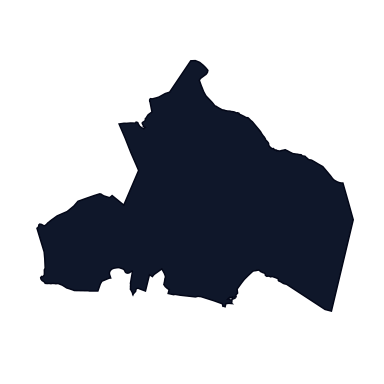 the district of Lagunillas, Michoacán, Mexico, rotated 85°
{"feature_id": "50627088B97893950433241", "entity_name": "Lagunillas", "entity_type": "district", "adm_level": 2, "iso_a3": "MEX", "parent_name": "Mexico", "parent_adm1": "Michoacán", "projection": "orthographic", "projection_center": [-101.412, 19.573], "detail": "fine", "context": "isolated", "style": "filled", "palette": "ink", "viewbox_px": 384, "rotation_deg": 85, "n_neighbors": 0, "source": "geoboundaries", "source_scale": "gbopen_adm2", "svg_char_len": 5919}
<svg xmlns="http://www.w3.org/2000/svg" viewBox="0 0 384 384"><g transform="rotate(85 192 192)"><path d="M214.6,349.6L238.8,344.5L245.8,344.5L255.1,344.9L256.7,345.9L259.8,346.1L261.9,346.4L263.4,348.0L263.0,349.1L264.0,350.2L265.4,350.1L267.1,349.1L268.6,347.1L270.2,346.2L270.6,344.0L270.6,342.4L271.0,340.6L270.9,338.9L271.1,337.2L271.5,335.8L271.5,333.3L273.5,329.3L275.7,326.4L276.6,325.3L277.7,322.6L279.0,319.6L279.9,317.8L280.9,308.2L281.3,304.0L281.7,302.7L282.1,298.2L282.4,294.4L275.5,291.3L273.0,289.5L270.6,282.0L270.6,280.5L269.1,280.8L267.2,281.3L265.9,281.4L264.2,281.0L263.0,280.0L262.1,279.1L261.6,278.1L261.1,276.5L261.0,275.0L260.9,273.6L260.9,272.0L261.0,271.2L261.5,270.0L262.0,268.8L262.8,267.2L263.4,266.4L264.1,266.1L264.8,265.8L265.9,265.4L266.5,264.9L266.9,264.3L267.2,263.4L267.2,262.4L266.9,261.3L266.0,259.8L265.7,259.2L265.5,258.8L265.6,258.4L266.0,258.3L268.6,258.9L277.7,261.3L279.1,261.2L280.4,261.5L282.7,261.6L283.3,261.9L284.0,261.5L287.3,260.1L288.8,260.0L289.3,259.8L288.7,259.5L288.2,259.1L287.8,258.7L287.0,257.9L286.2,256.9L285.4,256.6L284.4,256.5L283.8,256.0L283.5,255.7L283.2,255.1L283.2,254.7L283.2,254.3L283.2,254.0L283.3,253.6L283.7,253.1L286.6,247.0L270.7,241.6L272.8,238.8L271.7,237.9L270.7,236.7L266.6,229.8L266.0,228.8L267.6,228.0L270.5,226.7L272.3,226.2L273.3,225.9L273.9,225.9L274.5,225.9L275.0,226.0L275.6,226.4L276.8,226.7L277.1,226.8L278.9,227.2L279.4,227.4L281.5,228.0L281.8,228.1L282.0,227.7L282.5,227.6L283.9,226.9L285.0,225.8L285.8,225.1L286.7,224.0L287.0,223.6L287.2,223.2L287.6,223.4L291.0,224.6L292.6,219.5L292.4,219.4L292.6,218.4L292.5,217.7L293.8,212.7L296.8,197.7L296.4,195.0L296.7,193.9L297.0,192.2L302.3,179.5L306.0,171.5L308.3,171.2L308.1,170.8L308.6,170.6L309.2,169.0L306.2,168.0L306.1,165.0L306.6,162.0L306.4,162.2L302.5,161.5L301.6,158.7L301.4,158.3L300.2,158.2L300.2,157.2L298.4,157.3L296.7,155.4L292.6,155.5L286.7,150.4L283.6,147.5L280.0,143.2L276.5,138.7L276.2,138.2L276.0,137.5L275.9,136.3L275.9,135.5L275.9,135.2L275.8,134.6L275.7,134.5L275.7,134.4L275.6,134.2L275.7,133.9L275.7,133.5L275.6,132.8L275.6,132.4L276.3,131.2L276.6,131.0L276.8,131.0L277.1,130.8L277.2,130.6L277.4,130.3L277.5,130.0L278.2,128.9L278.6,128.2L278.8,127.8L278.9,127.4L278.9,127.1L279.1,126.9L279.3,126.7L279.5,126.5L279.6,126.3L279.8,126.2L280.1,126.2L280.8,126.2L281.2,126.2L281.7,125.8L281.8,125.6L281.9,125.4L282.2,125.3L282.4,125.0L282.5,124.7L282.5,124.2L282.4,123.8L282.4,123.5L282.5,122.9L282.7,122.3L282.9,121.8L283.3,121.3L283.4,121.0L283.4,120.8L283.2,120.3L283.2,120.0L283.2,119.4L283.4,118.9L284.7,116.0L285.7,114.1L285.9,113.7L286.3,113.7L286.7,113.6L287.1,113.7L287.5,113.7L287.9,113.5L288.1,113.4L288.5,112.6L289.2,111.4L289.7,110.7L290.7,109.4L291.3,108.4L292.2,105.8L320.6,69.7L322.8,63.5L233.7,33.8L214.4,37.4L196.2,40.9L196.1,42.2L195.8,43.4L195.5,44.4L194.9,45.7L194.3,46.9L193.6,47.8L193.2,48.5L192.3,49.6L191.4,50.4L190.6,51.0L188.1,52.5L178.1,59.5L175.3,63.6L172.7,67.2L171.8,68.5L171.1,69.5L170.7,70.2L170.4,70.9L170.3,71.8L170.0,72.7L169.3,73.6L168.8,74.0L168.3,74.4L168.1,74.7L167.8,75.0L167.6,75.2L167.2,75.6L166.8,75.8L166.4,76.1L166.0,77.2L165.7,78.8L165.4,79.4L164.8,79.6L164.5,79.9L164.3,80.4L164.1,82.0L163.6,83.4L163.2,85.4L162.8,87.0L162.6,88.0L162.5,88.3L161.6,89.7L160.7,91.2L159.4,93.1L158.5,94.7L158.1,95.3L158.0,95.5L158.1,96.0L158.2,96.4L158.2,96.5L158.5,99.3L158.7,100.1L158.8,101.2L158.7,101.8L158.5,102.5L158.3,102.8L158.2,103.1L158.2,103.4L158.3,103.7L158.3,103.9L158.3,104.1L158.2,104.3L157.9,104.4L157.6,104.4L157.5,104.5L157.4,105.0L157.3,105.8L157.2,106.1L156.4,106.8L156.1,106.8L155.9,106.9L155.8,107.0L155.8,108.1L155.7,108.6L155.3,109.2L154.9,109.4L154.6,109.7L154.3,110.1L153.7,110.6L153.1,111.0L152.5,111.3L152.0,111.5L151.5,111.5L150.4,111.5L150.0,111.6L149.2,112.0L148.0,112.8L147.4,113.4L146.7,114.0L146.1,114.2L145.5,114.3L145.1,114.5L143.6,115.2L142.4,116.1L140.9,117.0L139.8,117.6L138.0,118.4L136.3,119.5L134.7,120.6L131.7,122.7L127.2,125.8L125.9,127.2L123.1,129.5L122.8,130.2L122.7,130.8L122.5,131.8L121.5,133.1L119.8,135.9L119.0,137.3L118.8,138.1L118.0,138.2L117.7,138.3L117.5,138.6L117.4,139.1L117.1,139.5L117.0,140.0L117.0,140.4L117.1,141.1L116.9,141.5L116.4,142.1L116.2,142.3L115.7,143.7L115.4,145.0L115.2,146.1L114.8,147.0L114.6,148.1L114.4,149.9L114.2,150.2L114.0,151.2L113.2,153.0L113.0,153.8L112.9,154.5L112.7,154.9L111.6,156.5L111.1,157.3L109.7,159.3L109.3,159.8L108.9,160.2L108.7,160.6L108.5,161.3L107.8,161.9L107.6,162.1L106.0,163.1L104.4,164.2L97.9,169.4L97.3,169.8L96.0,170.4L93.0,171.7L90.2,172.5L87.3,173.4L84.3,174.2L81.3,175.0L80.8,174.6L79.9,173.9L79.3,173.2L78.5,171.9L76.6,168.8L76.1,167.9L75.7,167.5L75.2,167.0L74.6,166.6L74.1,166.2L73.6,166.0L72.7,165.8L72.2,165.6L69.7,167.3L66.9,169.6L63.5,173.1L61.4,177.2L61.2,181.8L90.6,205.6L91.6,210.1L94.5,216.6L95.1,219.3L95.5,221.7L95.8,223.5L95.6,224.4L95.4,225.2L95.9,225.8L96.7,226.2L97.2,226.2L97.7,226.2L98.3,226.2L99.4,225.7L100.0,225.8L108.8,224.9L111.2,228.9L113.2,230.5L114.2,231.1L114.7,232.0L115.8,232.2L116.7,232.4L117.2,233.0L117.7,233.9L118.1,234.4L118.2,234.9L118.6,235.4L119.1,235.6L120.1,235.3L121.6,234.6L122.3,234.8L122.9,233.9L123.5,233.0L124.1,234.0L124.8,234.5L124.3,235.3L123.8,236.2L123.2,237.0L122.7,237.6L121.8,238.5L120.1,239.3L119.7,239.6L118.3,239.9L117.8,240.6L117.5,241.6L118.0,242.0L118.4,242.3L118.4,243.0L117.9,247.0L117.9,250.3L117.9,251.2L117.6,253.8L117.9,258.7L132.4,253.9L147.6,249.4L160.7,245.0L165.9,243.3L199.1,261.1L188.6,271.9L189.6,273.2L190.3,274.2L190.2,275.3L188.2,280.1L187.2,281.6L186.1,282.9L185.8,284.2L187.0,289.7L189.0,297.6L191.3,306.4L195.7,310.9L200.6,318.1L204.0,328.3L207.3,333.9L210.2,338.3L211.7,339.9L212.7,341.5L212.6,342.7L211.2,344.7L210.7,346.5L211.5,347.5L212.9,347.7L214.2,348.8L214.6,349.6ZM302.5,161.5L303.4,162.4L301.8,164.9L301.8,165.7L301.2,165.1L301.4,164.8L300.2,163.4L300.7,163.0L300.1,160.7L302.5,161.5Z" fill="#0f172a" stroke="#020617" stroke-width="1.5"/></g></svg>